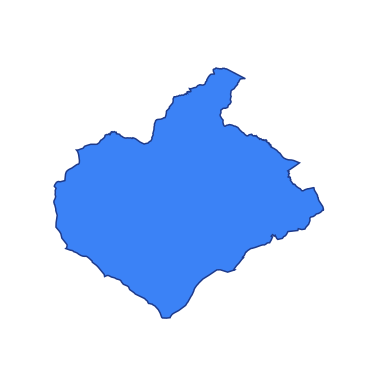 the district of Ocland, Harghita, Romania, rotated 208°
{"feature_id": "2599482B57317224017504", "entity_name": "Ocland", "entity_type": "district", "adm_level": 2, "iso_a3": "ROU", "parent_name": "Romania", "parent_adm1": "Harghita", "projection": "robinson", "projection_center": [25.454, 46.155], "detail": "fine", "context": "isolated", "style": "filled", "palette": "blue", "viewbox_px": 384, "rotation_deg": 208, "n_neighbors": 0, "source": "geoboundaries", "source_scale": "gbopen_adm2", "svg_char_len": 6052}
<svg xmlns="http://www.w3.org/2000/svg" viewBox="0 0 384 384"><g transform="rotate(208 192 192)"><path d="M198.7,317.1L219.3,316.9L220.4,316.4L221.5,316.4L223.1,315.5L223.4,314.7L224.8,314.2L225.1,313.8L226.5,313.5L227.1,313.1L229.0,312.8L229.6,311.3L230.2,311.0L230.5,310.6L230.7,310.1L230.5,309.7L229.7,308.5L228.0,307.2L227.7,306.7L230.5,304.9L231.1,303.5L231.5,301.5L231.6,298.5L231.6,298.0L231.3,297.5L231.2,297.0L231.6,295.3L231.2,293.9L231.3,293.3L231.6,292.6L232.2,291.8L232.9,291.3L235.4,290.4L236.9,288.6L237.4,286.6L237.9,286.0L239.0,285.2L241.0,283.0L242.0,282.3L242.8,282.1L242.4,281.7L241.6,281.9L241.1,281.1L240.3,280.6L240.3,280.1L240.6,280.2L241.0,280.1L241.2,279.2L242.2,279.1L242.3,278.6L243.2,278.4L243.3,278.0L243.1,277.6L242.5,277.1L242.8,277.1L243.5,276.2L243.1,275.5L244.2,275.1L244.6,274.7L244.8,273.8L245.2,273.3L246.5,272.9L247.4,271.8L248.3,271.6L249.4,270.0L249.7,269.7L250.3,269.5L251.0,268.5L252.5,267.7L252.4,265.3L251.4,263.7L250.8,261.7L251.9,256.4L251.8,256.0L251.4,255.7L251.3,255.4L251.7,254.4L252.1,252.9L252.5,251.9L252.5,251.3L251.5,249.2L251.5,248.8L251.0,247.5L250.7,245.0L251.9,244.1L252.4,243.1L253.8,241.6L256.3,240.0L257.2,239.1L257.6,237.7L257.3,236.8L257.1,234.3L256.4,233.3L256.1,231.8L254.9,229.3L253.9,225.1L253.4,224.7L253.1,224.1L253.0,221.2L252.3,220.2L252.3,217.9L253.2,216.5L253.9,214.4L255.6,213.1L256.8,211.9L261.2,211.7L266.7,212.5L268.0,212.4L269.7,212.1L269.7,211.5L270.1,211.1L271.3,211.1L272.6,210.3L274.8,209.3L275.6,208.6L277.0,208.1L278.7,208.0L279.8,208.2L281.7,208.2L282.8,208.9L283.2,208.9L286.1,208.0L286.8,209.1L287.1,209.2L287.5,208.8L289.1,208.8L289.3,208.4L289.9,207.6L290.8,207.8L291.4,207.3L291.5,206.7L291.2,205.9L291.8,205.4L291.3,204.5L291.2,204.2L291.4,204.0L292.1,204.5L292.7,204.3L292.7,203.8L293.6,202.9L294.2,202.8L295.3,201.5L295.3,200.9L294.9,199.9L295.1,198.5L296.1,196.0L296.9,194.8L297.1,191.9L298.2,189.7L299.2,189.0L303.8,186.6L306.9,183.5L308.3,181.9L308.7,179.6L309.2,178.9L310.2,178.0L312.2,175.7L313.7,174.8L312.4,174.3L311.0,173.2L309.5,171.6L306.2,167.0L305.3,165.1L305.1,164.1L305.4,163.1L305.8,163.0L306.7,161.9L309.4,156.6L310.5,155.2L311.6,153.5L312.4,151.4L312.4,150.4L312.1,148.5L309.6,142.4L313.1,139.2L315.0,138.5L315.4,138.1L316.2,136.9L316.5,134.0L316.4,132.9L316.3,132.4L313.8,131.5L313.5,129.1L312.5,127.5L311.6,125.4L310.4,124.2L310.2,123.7L309.8,122.3L309.7,119.4L309.2,118.2L307.8,116.6L307.1,116.2L304.4,113.2L303.4,111.5L300.1,108.2L297.6,101.2L295.6,97.1L290.5,95.0L288.2,93.6L285.3,90.2L277.7,86.9L277.0,85.8L276.5,83.9L276.9,82.8L272.2,83.5L269.9,84.2L268.4,83.8L266.6,84.1L264.4,84.2L263.1,83.9L260.3,83.8L258.3,84.1L257.0,84.6L255.2,85.6L253.9,85.6L251.8,85.2L247.7,84.1L247.2,83.3L246.4,83.1L241.9,82.4L239.7,81.7L230.8,78.0L229.5,76.3L228.0,78.2L227.3,78.7L226.2,79.1L223.2,79.1L220.0,79.9L217.9,79.8L214.7,80.5L213.5,80.4L213.1,80.3L212.2,79.6L209.3,78.3L204.8,78.7L203.4,78.4L201.5,76.8L200.8,76.5L196.0,75.9L194.1,75.3L183.9,75.7L181.7,75.0L180.4,74.8L179.6,74.4L179.0,73.7L178.0,73.2L176.8,73.7L175.6,73.9L174.5,74.3L173.4,74.0L171.3,74.0L166.5,72.3L163.4,70.3L160.0,67.2L159.0,66.9L155.3,68.7L152.3,70.8L152.5,71.4L152.3,73.6L152.0,75.0L150.8,77.1L148.1,81.1L144.4,88.9L144.3,91.3L144.0,92.9L143.9,99.4L143.7,101.3L144.0,105.7L144.3,106.5L144.4,108.2L144.0,111.7L143.6,113.0L143.2,115.0L141.5,120.4L137.8,126.8L133.5,134.9L130.5,136.6L122.9,138.0L118.9,142.1L117.9,142.9L117.6,143.5L118.7,143.2L118.6,144.2L118.1,147.9L117.1,151.5L116.4,155.9L115.7,158.2L116.7,158.2L116.4,159.1L116.1,160.4L116.1,161.6L116.3,163.0L116.2,164.3L115.9,164.4L115.4,166.3L113.5,169.8L112.7,170.3L109.9,173.0L106.1,177.2L104.5,178.7L103.3,179.2L102.3,180.6L101.9,181.8L101.1,182.8L99.6,183.6L99.5,186.9L99.8,190.1L101.3,190.2L101.1,191.3L100.8,192.2L98.6,191.7L98.3,192.8L95.4,190.8L94.0,190.4L90.4,193.5L90.1,195.6L89.0,197.2L88.7,198.7L88.7,202.1L80.5,207.7L80.9,209.5L77.4,210.4L74.9,212.3L74.9,214.2L73.9,218.3L74.4,222.1L75.7,224.2L75.3,225.7L73.4,227.3L72.5,229.0L71.9,231.0L70.3,232.4L69.0,234.4L68.4,236.0L68.4,237.1L67.5,237.6L67.9,238.6L68.8,239.4L69.1,240.0L70.0,240.7L75.6,243.8L77.0,244.9L78.1,246.4L78.7,246.6L79.1,247.1L79.7,248.0L84.8,251.1L86.4,253.0L86.7,252.9L90.6,249.6L91.4,249.1L93.2,247.2L94.5,245.2L95.7,244.7L98.1,245.7L99.9,245.6L102.6,246.0L104.5,246.9L104.9,247.0L105.4,246.6L105.9,246.8L106.3,246.4L110.7,248.6L110.6,249.3L111.9,250.3L111.9,250.8L112.1,251.1L113.2,251.1L113.8,250.4L114.1,250.3L114.3,250.6L114.2,251.3L114.3,252.0L115.0,252.7L114.7,253.7L114.7,254.0L115.9,254.4L116.0,254.7L115.9,255.4L117.3,255.6L113.0,263.7L110.8,268.2L116.9,267.6L119.1,267.0L121.9,265.7L124.2,265.2L126.8,265.1L128.8,265.6L132.5,267.5L134.3,267.7L136.7,268.6L140.0,268.9L143.2,268.8L143.2,269.3L144.1,269.6L144.2,269.9L144.6,269.7L144.8,270.1L144.6,270.5L145.0,270.6L146.0,270.2L146.1,270.4L146.0,270.9L146.7,271.4L147.1,271.3L147.4,271.0L147.8,271.4L148.9,271.3L150.3,271.6L150.5,271.9L150.2,272.4L150.8,272.8L152.1,272.2L152.4,271.4L152.6,271.3L153.3,271.2L153.3,271.6L153.6,271.7L153.9,271.5L154.2,271.0L155.1,271.0L156.2,271.4L156.9,270.8L157.1,270.3L157.4,270.4L157.8,271.0L159.5,270.9L160.1,271.1L160.6,271.6L161.4,271.4L161.8,271.8L162.1,271.3L163.1,271.2L163.5,270.6L164.9,270.3L165.6,270.4L165.9,270.9L166.4,271.0L168.4,269.4L169.0,267.9L169.8,267.4L170.6,267.3L172.6,267.7L174.2,268.4L175.5,268.3L178.8,269.2L181.8,270.5L184.9,270.4L185.7,270.0L188.0,269.9L190.6,269.1L191.9,267.8L192.8,267.1L193.6,265.6L194.2,265.4L194.9,265.6L196.1,266.5L197.6,268.3L198.3,270.1L200.2,270.8L202.9,272.5L203.5,273.5L203.5,274.8L203.7,275.7L205.0,277.8L204.5,278.6L204.0,280.2L202.9,281.1L201.7,281.7L200.2,283.5L200.7,285.7L200.6,286.1L199.9,287.2L199.7,289.4L199.9,290.0L200.2,290.5L201.1,291.0L201.5,291.6L202.1,293.4L202.3,294.8L203.2,295.5L204.0,296.8L204.2,297.8L204.9,299.3L204.9,300.0L204.4,301.3L203.4,302.8L203.2,303.4L203.2,304.5L202.7,306.8L202.3,308.1L202.3,308.5L202.8,309.4L202.8,310.0L202.4,311.2L202.6,312.5L202.4,314.5L199.4,316.6L198.7,316.8L198.7,317.1Z" fill="#3b82f6" stroke="#1e3a8a" stroke-width="1.5"/></g></svg>